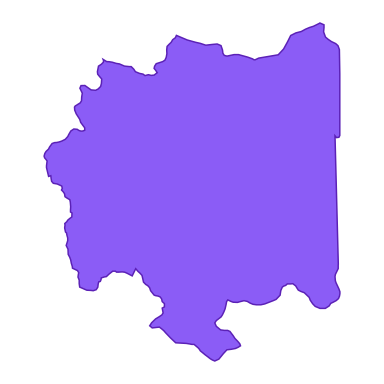 the district of Tongod, Sabah, Malaysia
{"feature_id": "92858781B32366551894999", "entity_name": "Tongod", "entity_type": "district", "adm_level": 2, "iso_a3": "MYS", "parent_name": "Malaysia", "parent_adm1": "Sabah", "projection": "mercator", "projection_center": [116.895, 5.08], "detail": "fine", "context": "isolated", "style": "filled", "palette": "violet", "viewbox_px": 384, "rotation_deg": 0, "n_neighbors": 0, "source": "geoboundaries", "source_scale": "gbopen_adm2", "svg_char_len": 3778}
<svg xmlns="http://www.w3.org/2000/svg" viewBox="0 0 384 384"><path d="M218.9,359.1L223.4,353.6L226.9,349.8L231.1,349.3L235.4,348.5L238.1,347.3L240.5,345.8L239.8,343.8L237.8,341.4L234.9,338.4L233.3,335.9L229.9,331.4L227.6,330.4L224.3,330.4L220.6,329.9L216.3,326.3L214.8,322.9L216.3,320.6L221.1,316.9L222.4,314.9L223.9,311.8L225.1,308.8L226.1,304.4L226.6,301.6L227.8,299.9L230.9,301.4L233.1,302.2L237.5,302.4L240.3,301.6L244.0,300.7L247.3,301.4L250.1,303.1L253.0,304.3L256.5,304.8L260.8,304.8L264.8,303.9L273.1,300.7L276.1,299.4L280.1,295.2L280.8,290.6L282.3,287.1L283.7,286.1L285.7,285.4L287.3,283.9L290.7,283.9L292.8,283.7L295.7,285.9L297.0,288.1L298.3,290.1L300.8,291.4L304.3,292.7L309.2,297.4L310.2,300.1L312.7,303.8L315.2,306.4L320.0,308.4L325.3,308.4L329.2,305.9L330.7,303.4L333.2,302.2L336.2,300.6L338.5,298.6L339.5,296.1L339.9,293.7L339.9,291.7L338.9,288.9L337.5,285.9L336.0,282.7L335.4,280.9L335.0,276.7L335.4,274.4L338.2,268.6L338.2,264.9L338.3,264.3L335.0,135.8L336.5,137.6L338.9,137.3L339.8,135.5L339.8,74.1L339.4,49.6L338.0,45.7L335.7,43.6L331.3,41.5L328.0,39.2L325.5,37.1L323.6,31.9L324.0,27.5L324.0,24.8L319.9,23.0L319.7,23.2L313.4,26.3L309.5,27.5L305.5,29.2L301.3,31.5L295.9,32.9L290.7,35.5L287.6,41.7L283.6,49.0L278.2,54.8L258.7,58.1L255.1,59.8L254.1,59.8L252.4,58.8L247.6,57.1L238.5,54.6L234.1,54.6L227.0,56.1L224.3,55.4L222.9,53.3L222.5,50.0L221.0,45.6L217.2,44.0L212.7,44.4L205.8,45.2L200.4,43.4L195.6,42.3L187.3,40.0L176.4,35.4L175.4,37.7L172.7,39.7L171.1,42.4L169.2,44.2L167.1,46.4L166.7,49.9L166.9,53.6L166.2,57.4L164.9,60.2L162.7,61.6L159.6,62.6L156.2,63.7L154.6,66.2L154.1,68.4L155.6,70.2L157.2,72.7L154.1,75.1L151.2,75.4L148.4,74.7L145.0,75.6L143.0,74.1L139.5,73.4L135.4,71.7L133.7,69.1L131.2,66.6L129.4,66.6L124.5,66.1L119.4,63.9L116.2,63.4L112.2,62.2L109.0,61.7L106.7,61.6L103.1,59.4L103.6,60.8L103.3,62.3L101.3,64.3L98.5,66.1L97.4,71.7L97.7,74.2L99.7,76.7L101.7,79.0L101.4,83.5L100.6,86.5L98.1,89.0L95.6,90.3L91.1,89.9L84.9,85.5L81.0,85.6L79.9,88.2L82.3,93.2L81.7,96.9L81.5,100.8L80.2,102.9L75.2,106.0L74.5,107.1L74.7,110.1L76.2,113.8L78.0,116.6L79.7,119.3L80.7,122.4L83.2,125.8L84.7,127.8L84.7,130.3L82.8,131.0L81.0,131.1L79.0,130.5L77.2,129.3L73.8,129.0L70.8,131.0L68.7,134.6L67.8,136.5L65.3,139.3L61.7,141.1L59.0,142.0L56.6,142.5L54.6,142.6L52.1,143.5L49.5,147.1L48.6,149.0L46.0,151.5L44.8,153.5L44.1,156.1L44.6,157.8L46.1,159.6L47.1,161.0L46.5,165.8L46.5,167.6L48.6,176.4L50.8,175.7L51.1,178.5L51.6,181.3L53.3,183.3L57.3,184.0L61.7,186.0L62.3,188.3L61.5,190.0L63.2,191.8L64.5,193.7L65.0,196.7L67.2,198.2L69.8,199.7L70.3,202.0L70.7,206.8L70.5,209.8L70.5,212.0L72.0,213.0L71.8,217.0L69.7,218.5L67.7,220.2L66.8,221.7L64.8,223.5L65.0,225.2L64.7,227.4L64.7,228.2L65.5,232.0L66.5,232.9L67.0,235.5L67.7,238.0L67.7,240.7L67.0,242.9L66.2,245.5L68.0,249.2L68.2,254.4L69.7,257.2L70.7,259.9L71.3,263.2L72.3,266.4L72.5,268.2L77.5,270.6L78.7,272.7L78.3,274.6L78.0,277.1L79.2,280.1L79.2,283.6L79.7,287.1L86.8,290.2L90.8,290.4L93.2,290.7L96.2,289.7L97.8,287.2L98.2,283.9L98.7,281.9L100.3,281.4L101.0,279.7L101.3,277.9L104.5,276.9L106.4,276.6L109.0,274.1L112.7,271.2L115.4,271.2L116.5,272.1L118.7,272.1L122.2,271.9L124.7,272.2L127.4,273.4L132.2,275.9L135.7,268.7L138.0,271.4L140.0,273.2L142.0,275.4L142.7,278.4L143.5,282.1L145.7,284.4L147.7,285.6L149.6,287.7L150.6,290.7L154.1,295.1L155.4,295.6L158.2,296.1L160.1,296.9L161.6,298.9L162.2,301.6L164.4,303.6L164.4,306.9L162.2,308.1L162.9,311.8L163.1,312.9L161.9,314.9L159.4,316.6L155.6,318.9L151.6,322.8L149.7,325.8L152.2,327.9L159.4,327.1L161.7,328.9L163.7,330.6L165.9,333.1L170.7,338.1L175.7,342.8L186.2,343.4L189.4,343.9L191.9,344.4L194.1,344.4L196.3,346.3L198.1,347.8L199.4,349.3L200.3,350.8L204.9,354.6L210.4,358.8L212.4,360.0L214.8,361.0L218.9,359.1Z" fill="#8b5cf6" stroke="#5b21b6" stroke-width="1.5"/></svg>